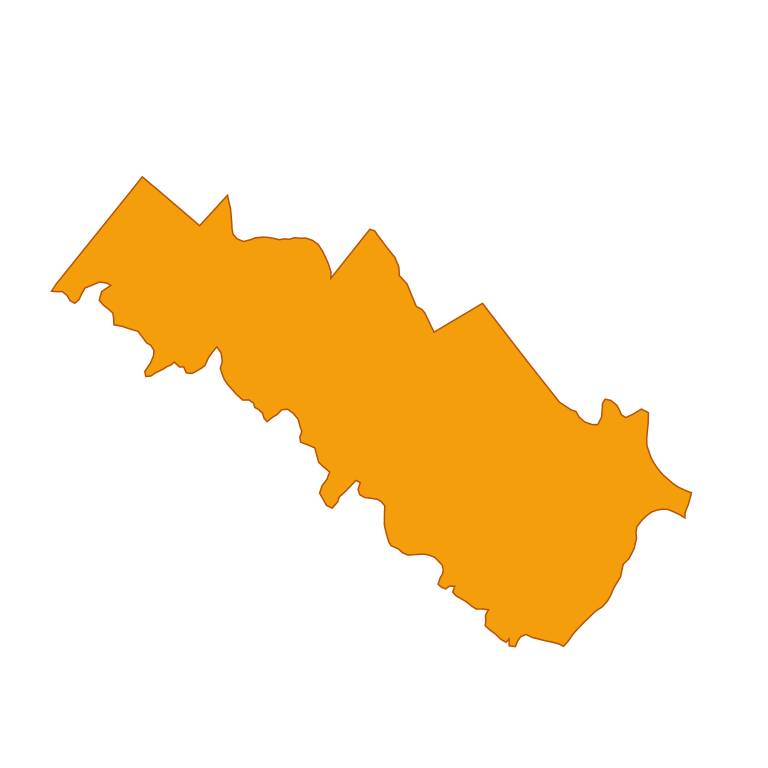 Rosário, Maranhão, Brazil (orthographic projection), rotated 129°
{"feature_id": "56859067B87661364521174", "entity_name": "Rosário", "entity_type": "district", "adm_level": 2, "iso_a3": "BRA", "parent_name": "Brazil", "parent_adm1": "Maranhão", "projection": "orthographic", "projection_center": [-44.19, -2.972], "detail": "fine", "context": "isolated", "style": "filled", "palette": "amber", "viewbox_px": 768, "rotation_deg": 129, "n_neighbors": 0, "source": "geoboundaries", "source_scale": "gbopen_adm2", "svg_char_len": 3379}
<svg xmlns="http://www.w3.org/2000/svg" viewBox="0 0 768 768"><g transform="rotate(129 384 384)"><path d="M475.0,79.5L468.2,79.0L458.8,79.7L451.8,79.3L443.4,78.6L434.4,77.5L427.7,76.7L419.8,74.1L411.7,73.8L404.7,75.0L400.2,76.5L394.1,77.6L384.9,78.8L379.3,81.8L373.5,84.6L365.7,83.7L359.6,84.9L354.4,86.1L349.1,88.7L344.8,90.7L341.4,94.3L336.0,97.6L331.5,97.8L327.1,97.8L321.0,97.0L315.2,95.5L310.7,92.8L306.2,89.1L302.7,84.2L300.8,77.6L299.4,71.5L298.7,65.8L295.0,68.7L290.7,70.3L286.0,71.7L282.0,73.4L275.0,76.6L276.9,82.1L279.0,90.7L279.5,96.7L279.0,110.7L277.2,119.0L275.5,124.5L273.2,130.2L269.4,136.2L266.6,140.7L261.2,145.4L254.9,149.7L248.1,154.1L239.9,160.5L241.5,168.2L251.3,171.7L257.9,175.0L258.5,180.1L255.4,186.1L253.9,190.2L254.0,197.5L256.7,202.6L261.5,202.0L265.7,198.9L273.0,194.0L281.1,192.4L284.5,196.6L287.2,204.1L286.8,212.0L284.5,217.4L286.3,222.2L287.0,228.7L287.7,236.2L276.2,287.2L273.4,298.9L268.7,318.8L266.3,328.9L262.1,346.7L259.3,358.2L267.1,361.1L272.9,363.2L293.6,370.9L312.3,377.7L303.1,396.9L302.2,401.5L303.4,407.8L291.7,429.1L290.1,440.3L283.8,446.0L278.6,455.4L277.8,459.9L276.5,465.9L274.6,473.7L273.4,478.2L272.3,482.8L270.8,487.5L272.7,492.4L294.0,492.2L335.5,491.8L330.3,495.7L325.4,503.2L321.7,510.5L319.3,515.7L317.0,523.0L317.3,529.7L319.8,536.6L323.1,540.3L326.6,545.6L331.5,549.0L333.9,552.8L337.8,556.2L340.4,561.6L343.2,566.6L346.6,571.2L351.4,576.0L355.6,578.4L361.6,582.8L363.7,589.5L362.5,595.7L358.9,599.9L354.0,604.3L344.2,613.7L340.5,618.7L335.8,624.4L377.0,626.9L375.5,682.0L375.4,690.3L375.1,702.2L407.7,702.0L512.0,701.7L521.1,700.8L518.2,696.4L514.6,692.1L514.6,686.2L516.8,680.4L515.9,675.2L510.4,674.1L504.9,675.5L497.7,676.8L490.6,672.9L483.8,669.3L479.8,662.6L479.4,658.3L484.3,660.0L489.9,661.6L498.1,658.1L499.3,652.0L499.2,644.7L499.5,639.3L503.5,635.1L508.0,631.1L504.2,624.4L501.6,617.3L497.9,608.4L499.5,602.0L501.4,594.5L500.7,589.6L502.6,583.9L507.3,580.8L514.7,578.7L524.8,577.8L528.1,573.8L524.6,570.3L518.8,568.4L511.2,564.9L507.1,563.6L503.2,561.5L499.0,560.7L499.5,553.7L496.8,550.4L499.8,544.7L496.7,539.9L492.7,538.1L486.9,535.9L482.2,534.8L473.9,537.0L468.6,537.3L460.3,537.3L462.5,530.0L468.2,523.9L474.9,521.0L478.2,515.9L481.0,511.0L482.7,505.3L485.0,491.7L485.4,483.7L481.4,478.8L481.0,473.2L483.6,469.7L482.7,465.3L483.3,459.6L485.9,456.1L486.9,451.2L479.9,449.7L475.1,447.9L468.4,447.2L464.2,443.0L463.9,436.1L465.4,428.6L469.7,422.8L472.6,418.0L478.2,416.0L481.7,412.2L479.4,405.4L477.2,397.6L481.7,391.3L486.0,385.5L486.5,377.9L486.6,370.8L494.1,368.4L502.3,368.1L509.4,365.3L512.4,357.5L514.5,352.4L513.1,346.1L504.7,345.8L500.1,347.7L492.9,346.5L476.6,345.1L475.6,340.4L482.2,337.8L485.3,333.1L484.4,327.7L480.8,321.9L477.8,316.5L477.1,312.0L478.2,306.7L482.3,303.7L487.6,299.6L493.0,295.3L496.5,291.1L500.7,285.3L503.7,280.8L505.2,276.8L503.1,268.9L503.5,263.4L501.9,257.8L497.1,252.6L491.6,246.6L488.7,241.6L486.8,235.5L488.1,225.0L490.7,221.4L494.4,219.1L499.8,218.2L505.6,215.9L505.8,211.6L504.5,207.2L499.8,205.9L496.7,201.7L502.5,199.6L503.3,194.5L501.6,184.4L501.4,175.9L500.9,170.8L497.0,166.0L493.7,160.7L499.8,159.7L503.4,156.3L508.2,153.2L508.5,147.0L508.2,139.8L508.9,132.5L507.9,126.6L503.5,126.4L508.7,122.0L505.4,116.6L499.8,118.4L494.1,118.7L489.3,116.1L487.7,109.3L482.6,98.3L478.3,89.8L475.9,84.4L475.0,79.5Z" fill="#f59e0b" stroke="#b45309" stroke-width="1.5"/></g></svg>